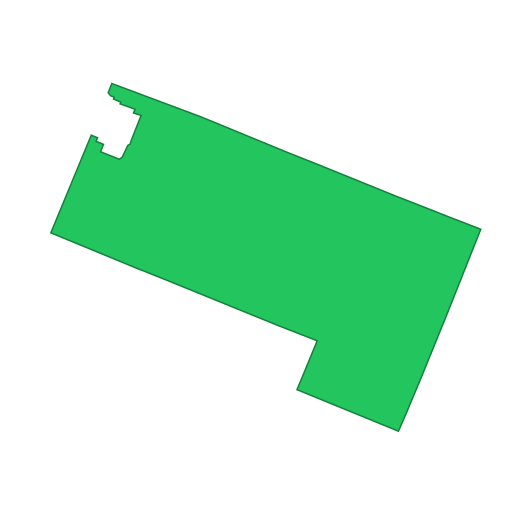 outline of Albany, Wyoming, United States of America, rotated 292°
{"feature_id": "52423323B70770360045395", "entity_name": "Albany", "entity_type": "district", "adm_level": 2, "iso_a3": "USA", "parent_name": "United States of America", "parent_adm1": "Wyoming", "projection": "orthographic", "projection_center": [-105.646, 41.715], "detail": "fine", "context": "isolated", "style": "filled", "palette": "green", "viewbox_px": 512, "rotation_deg": 292, "n_neighbors": 0, "source": "geoboundaries", "source_scale": "gbopen_adm2", "svg_char_len": 654}
<svg xmlns="http://www.w3.org/2000/svg" viewBox="0 0 512 512"><g transform="rotate(292 256 256)"><path d="M174.2,454.3L201.2,454.7L270.3,454.9L271.5,454.9L365.0,454.4L364.5,421.7L364.1,376.3L363.9,362.3L364.0,272.1L363.8,248.5L364.4,152.5L361.9,57.7L352.0,57.8L350.1,61.1L350.1,65.0L348.1,65.1L348.0,72.9L346.1,73.0L346.8,88.8L342.7,88.8L343.3,96.8L317.8,97.0L312.5,97.3L310.5,95.7L297.5,94.9L294.5,93.0L294.4,72.8L302.4,72.8L302.4,64.8L306.3,64.8L306.3,58.0L200.6,57.1L199.9,153.0L200.0,153.0L200.1,181.7L199.8,302.8L200.3,344.5L171.2,344.3L147.4,344.1L146.9,453.7L168.6,454.3L174.2,454.3Z" fill="#22c55e" stroke="#15803d" stroke-width="1.5"/></g></svg>